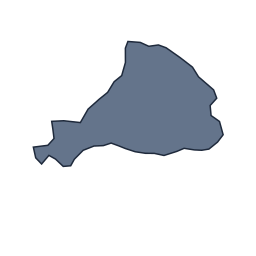 the district of Mitsero, Nicosia, Cyprus, rotated 231°
{"feature_id": "46923920B44917780052116", "entity_name": "Mitsero", "entity_type": "district", "adm_level": 2, "iso_a3": "CYP", "parent_name": "Cyprus", "parent_adm1": "Nicosia", "projection": "robinson", "projection_center": [33.124, 35.045], "detail": "fine", "context": "isolated", "style": "filled", "palette": "slate", "viewbox_px": 256, "rotation_deg": 231, "n_neighbors": 0, "source": "geoboundaries", "source_scale": "gbopen_adm2", "svg_char_len": 764}
<svg xmlns="http://www.w3.org/2000/svg" viewBox="0 0 256 256"><g transform="rotate(231 128 128)"><path d="M191.7,176.2L180.5,167.2L172.7,156.1L172.7,146.4L168.5,134.6L168.5,123.5L167.8,108.9L162.2,94.4L174.1,82.6L181.2,72.9L174.1,68.7L166.4,63.9L165.0,54.8L172.7,42.4L162.9,37.5L154.4,38.2L156.5,49.3L149.5,52.1L138.9,53.5L134.7,59.7L137.5,66.6L138.9,79.1L135.4,90.2L129.8,97.8L126.9,105.4L119.9,109.6L113.6,113.1L105.1,118.6L97.4,125.6L91.7,132.5L84.0,138.7L79.1,151.2L76.9,158.8L69.2,165.8L64.3,171.3L60.7,177.6L60.7,188.7L62.9,197.7L75.5,203.2L85.4,200.4L93.8,206.0L95.3,215.7L103.7,218.5L123.4,215.0L134.7,216.4L149.5,212.9L166.4,208.1L173.4,203.9L178.4,195.6L186.8,191.4L195.3,182.4L191.7,176.2Z" fill="#64748b" stroke="#1e293b" stroke-width="1.5"/></g></svg>